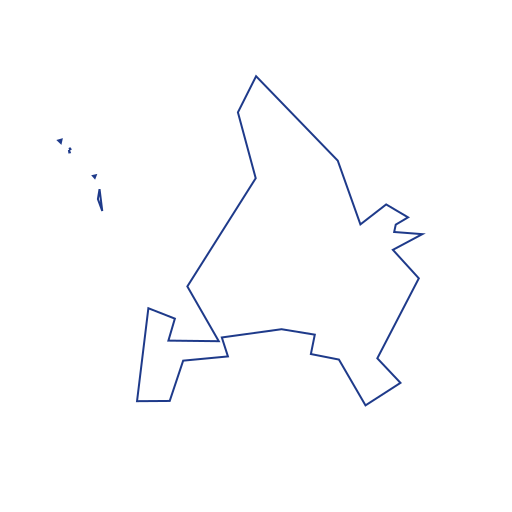 an SVG outline of India, rotated 159°
{"feature_id": "IND", "entity_name": "India", "entity_type": "country or territory", "adm_level": 0, "iso_a3": "IND", "parent_name": "Asia", "parent_adm1": "", "projection": "albers", "projection_center": [83.514, 21.122], "detail": "coarse", "context": "isolated", "style": "outline", "palette": "blue", "viewbox_px": 512, "rotation_deg": 159, "n_neighbors": 0, "source": "natural_earth", "source_scale": "50m", "svg_char_len": 767}
<svg xmlns="http://www.w3.org/2000/svg" viewBox="0 0 512 512"><g transform="rotate(159 256 256)"><path d="M92.9,216.8L126.0,212.7L112.0,176.8L179.4,117.0L166.6,85.8L207.3,77.3L215.7,129.6L239.9,144.8L229.3,161.5L258.4,178.5L317.1,192.2L318.2,172.3L361.5,184.4L388.5,151.6L419.1,163.1L375.2,245.8L354.2,226.6L368.1,208.4L321.3,189.8L331.0,252.2L228.4,328.7L221.4,396.6L191.5,423.8L145.5,315.7L147.2,248.1L116.0,257.5L100.2,237.6L114.3,235.2L118.4,228.9L92.9,216.8ZM383.2,365.8L378.1,374.5L383.4,353.1L383.2,365.8ZM399.2,434.7L395.8,434.4L397.7,431.5L399.2,434.7ZM379.4,389.2L376.7,388.8L378.5,386.8L379.4,389.2ZM391.4,422.2L391.4,423.9L390.9,422.3L391.4,422.2ZM393.2,419.6L392.7,422.0L392.7,419.5L393.2,419.6Z" fill="none" stroke="#1e3a8a" stroke-width="2"/></g></svg>